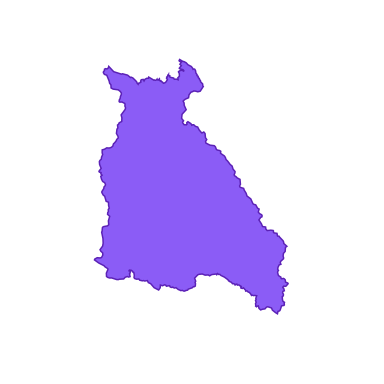 Fresno, Tolima, Colombia (Robinson projection), rotated 116°
{"feature_id": "7082276B32656810983952", "entity_name": "Fresno", "entity_type": "district", "adm_level": 2, "iso_a3": "COL", "parent_name": "Colombia", "parent_adm1": "Tolima", "projection": "robinson", "projection_center": [-75.055, 5.192], "detail": "fine", "context": "isolated", "style": "filled", "palette": "violet", "viewbox_px": 384, "rotation_deg": 116, "n_neighbors": 0, "source": "geoboundaries", "source_scale": "gbopen_adm2", "svg_char_len": 6015}
<svg xmlns="http://www.w3.org/2000/svg" viewBox="0 0 384 384"><g transform="rotate(116 192 192)"><path d="M92.2,228.1L91.9,228.8L90.2,229.8L89.1,232.7L88.1,233.3L87.6,234.6L86.7,235.2L86.5,236.5L85.3,237.2L85.2,238.5L84.3,238.9L83.3,240.7L81.4,242.0L80.5,243.2L80.5,244.0L81.3,244.8L80.6,245.4L79.5,247.6L79.4,251.4L78.4,253.9L78.3,256.1L78.6,257.8L78.3,261.2L79.6,261.2L80.0,260.6L80.0,258.5L82.5,258.9L83.1,257.0L86.3,257.7L86.6,256.9L86.0,253.7L86.6,252.5L87.0,252.5L87.0,254.5L88.2,256.0L89.7,256.9L90.2,256.6L91.1,255.3L93.5,254.1L95.5,254.8L97.2,253.7L97.4,255.6L98.3,257.0L98.3,257.6L97.6,258.4L98.4,261.9L98.2,262.5L97.3,262.9L97.7,264.0L96.8,264.5L97.2,264.5L97.5,265.0L98.6,264.7L99.8,265.1L100.1,264.6L100.9,264.8L101.7,263.4L104.3,263.6L105.7,264.2L106.8,265.4L106.1,266.8L106.2,267.7L105.6,268.7L106.2,269.1L105.8,270.1L104.6,270.9L106.3,271.5L106.3,272.4L105.8,272.9L106.8,273.1L107.6,273.7L107.8,275.0L108.2,275.2L107.7,281.3L108.9,281.1L109.6,282.5L111.3,283.7L113.2,283.8L112.2,285.2L113.3,286.8L114.9,286.8L115.5,286.1L117.1,287.0L117.6,287.7L118.8,287.6L118.1,289.3L117.5,289.6L116.7,291.3L115.4,295.2L115.5,297.1L116.1,297.5L115.2,301.1L116.2,306.3L117.0,307.1L118.2,315.1L115.6,321.9L117.1,321.6L118.7,322.4L119.1,323.9L120.0,324.5L121.2,323.9L122.6,324.3L123.6,324.0L124.7,322.3L124.4,319.8L128.5,315.2L130.4,313.7L131.2,311.9L134.0,310.3L134.1,308.0L132.5,303.0L133.1,300.5L134.0,298.9L135.3,298.3L137.5,298.2L139.4,297.6L141.2,297.7L142.7,297.1L142.9,296.4L141.8,294.3L141.9,291.2L142.8,290.5L144.2,290.0L145.0,289.0L145.8,288.5L147.2,288.3L153.8,289.5L156.1,287.5L159.4,286.1L161.8,287.8L163.1,287.7L164.5,288.3L166.9,286.7L168.4,287.0L172.5,285.6L174.4,282.9L175.6,282.0L177.8,282.7L179.5,282.6L182.0,283.2L183.0,283.7L185.5,283.3L187.3,284.1L188.8,285.7L189.7,288.0L191.9,289.4L193.5,291.2L196.2,289.9L197.5,288.7L200.3,288.6L202.3,287.9L204.0,288.6L205.3,288.6L207.8,287.1L210.6,284.0L213.9,284.7L214.5,284.5L214.7,283.6L214.4,282.3L215.6,281.9L216.3,280.2L217.9,280.9L220.2,278.9L221.7,276.9L221.9,274.6L223.1,273.1L224.3,272.8L226.0,273.3L227.6,272.8L231.1,273.2L232.0,272.8L233.7,270.4L234.1,268.6L238.0,265.1L237.8,262.6L240.8,261.0L242.8,259.3L244.4,259.6L246.2,258.6L247.5,258.7L249.1,258.1L249.9,255.3L254.6,254.5L257.9,252.5L259.5,253.1L261.7,256.1L262.6,256.8L263.3,256.9L266.7,255.6L267.7,255.6L272.9,251.6L277.0,249.4L279.8,248.6L284.1,249.4L285.1,248.2L285.9,245.6L287.8,244.5L290.3,244.6L291.0,245.0L291.7,246.0L292.6,248.4L294.9,250.0L295.8,249.9L296.7,244.7L296.8,238.8L297.4,237.4L297.8,234.1L298.5,233.6L302.5,233.4L305.4,231.8L305.7,230.4L305.4,228.3L304.5,226.7L303.7,221.3L303.1,219.9L302.2,219.0L300.1,215.3L298.0,214.7L296.3,213.1L296.3,211.8L295.3,210.6L294.8,210.7L294.4,211.3L293.3,212.0L292.8,211.9L292.6,212.4L290.7,212.3L290.5,212.8L289.9,213.2L290.5,213.9L290.3,214.1L289.6,214.0L289.0,212.3L289.3,210.7L289.9,210.1L289.8,209.1L292.1,207.4L294.3,206.6L294.9,205.7L294.7,203.7L293.5,201.6L294.2,200.3L293.6,197.7L292.9,196.8L292.7,195.4L291.2,193.3L292.6,191.5L292.5,189.0L294.6,184.1L294.7,179.0L292.0,178.6L289.5,179.6L289.2,177.4L287.4,175.9L287.3,174.6L287.9,173.7L286.1,171.3L286.2,170.7L286.8,170.3L286.9,169.2L286.6,168.2L285.9,167.6L286.1,166.3L285.9,165.4L285.0,164.5L285.7,161.5L285.5,160.3L285.6,159.0L284.6,157.4L284.7,156.2L284.2,155.0L283.6,154.8L282.1,152.9L281.0,152.8L278.0,149.8L276.4,149.2L276.2,148.5L275.1,147.8L272.8,148.7L271.8,149.7L270.8,149.5L270.3,149.8L268.3,151.9L263.9,150.5L262.9,149.6L261.2,146.8L261.0,143.8L259.4,141.0L259.6,139.4L257.6,138.1L255.1,134.3L255.5,133.5L254.1,133.3L254.4,131.8L253.8,130.9L254.3,129.5L254.3,125.5L255.1,121.2L255.7,120.4L255.6,119.7L256.0,119.4L255.9,117.0L256.7,115.4L256.2,114.7L256.1,113.3L256.7,112.5L255.4,111.8L255.1,111.2L255.8,110.4L255.0,109.1L255.1,107.7L255.5,107.3L255.2,106.6L255.5,106.1L256.3,106.3L256.9,105.9L256.6,104.4L255.6,103.7L256.9,100.6L257.5,100.3L256.8,99.2L257.3,97.7L257.1,96.5L257.9,94.6L258.8,93.3L258.4,93.2L258.1,91.1L257.5,90.4L256.9,88.4L259.7,88.0L260.5,87.3L261.6,87.4L263.0,86.0L264.5,86.0L265.9,85.0L266.7,84.8L266.9,83.7L266.1,83.4L265.3,82.5L267.3,80.7L267.9,78.6L266.5,77.3L265.1,75.2L262.9,74.6L261.9,73.6L261.4,69.7L262.9,68.0L263.8,64.1L264.0,61.8L261.6,62.4L260.5,61.2L259.5,61.0L255.1,61.6L253.6,59.6L253.0,59.5L251.5,60.4L250.6,60.5L250.4,62.3L248.8,63.7L246.5,65.0L245.3,64.4L243.8,65.0L243.0,66.3L242.3,66.6L241.4,66.7L240.3,65.7L238.3,67.4L238.2,68.4L237.8,68.7L236.3,68.2L235.9,66.8L235.3,66.2L232.3,65.4L231.8,66.1L232.0,68.4L230.1,69.7L229.6,71.0L229.6,72.0L230.6,73.2L230.7,73.9L229.5,74.9L229.4,76.7L228.9,78.0L226.8,79.8L225.8,80.1L224.6,79.9L223.9,81.1L222.0,81.7L219.3,81.7L218.0,80.4L216.8,81.7L215.5,81.9L211.9,80.5L211.0,80.8L209.7,82.0L207.1,82.9L204.6,82.2L200.8,83.7L199.2,82.9L198.0,87.0L196.9,87.6L195.9,88.8L194.1,93.6L193.6,94.3L194.1,95.8L191.9,97.5L192.8,100.3L192.4,101.2L191.3,101.7L191.0,102.2L191.8,104.5L193.7,107.5L192.9,109.4L191.2,110.5L192.1,113.5L190.2,115.6L187.8,119.6L184.6,119.1L183.8,118.3L182.7,118.5L181.9,119.4L181.8,121.8L181.0,123.6L177.9,124.2L177.8,126.0L175.6,129.1L176.0,131.1L175.8,132.1L172.4,136.2L171.5,140.8L169.4,142.8L167.5,145.8L166.1,147.2L166.6,150.3L166.4,151.3L165.6,151.9L163.9,151.8L159.6,154.4L159.5,157.6L158.9,159.1L158.7,161.0L157.9,161.7L156.0,161.8L154.7,162.3L153.4,165.2L151.1,167.3L150.5,169.8L148.6,173.5L147.9,175.6L146.3,177.2L145.4,178.7L144.7,183.3L142.8,184.0L142.6,185.3L143.2,187.6L143.0,188.8L141.1,190.8L140.6,192.3L142.0,196.4L141.9,201.0L140.5,202.0L138.4,201.7L137.3,203.7L133.7,205.9L132.9,207.7L134.3,208.7L134.6,209.3L133.0,212.9L131.1,215.4L131.5,217.6L130.8,219.9L131.3,220.9L132.1,221.4L131.0,223.0L130.6,226.5L131.9,227.1L133.5,226.2L134.1,226.5L135.0,228.6L133.8,230.8L133.2,231.1L131.7,230.8L130.4,233.6L126.5,235.0L120.6,233.3L117.5,237.0L115.4,238.2L114.3,239.7L113.8,239.8L111.5,238.7L108.8,236.4L105.9,237.3L102.8,236.7L101.4,235.3L100.5,234.8L99.8,233.0L99.4,230.7L97.8,228.8L92.2,228.1Z" fill="#8b5cf6" stroke="#5b21b6" stroke-width="1.5"/></g></svg>